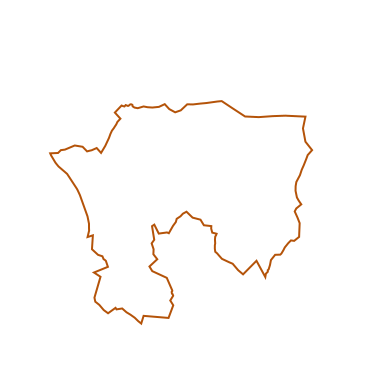 Ganye, Adamawa, Nigeria (Mercator projection), rotated 154°
{"feature_id": "59680162B41420170912929", "entity_name": "Ganye", "entity_type": "district", "adm_level": 2, "iso_a3": "NGA", "parent_name": "Nigeria", "parent_adm1": "Adamawa", "projection": "mercator", "projection_center": [12.041, 8.431], "detail": "fine", "context": "isolated", "style": "outline", "palette": "amber", "viewbox_px": 384, "rotation_deg": 154, "n_neighbors": 0, "source": "geoboundaries", "source_scale": "gbopen_adm2", "svg_char_len": 2382}
<svg xmlns="http://www.w3.org/2000/svg" viewBox="0 0 384 384"><g transform="rotate(154 192 192)"><path d="M99.2,133.0L99.5,134.9L99.9,137.7L100.1,141.1L98.4,147.7L96.3,151.8L93.8,155.3L87.6,159.8L83.6,163.9L80.0,166.9L76.8,169.8L75.6,170.9L74.4,172.0L71.8,174.5L69.3,175.5L65.7,177.0L68.0,187.5L64.4,200.5L57.0,210.0L74.7,219.7L86.2,224.8L99.1,230.0L111.2,236.6L119.0,249.7L125.4,260.6L125.5,260.7L129.5,262.2L134.1,263.7L140.2,265.7L145.7,267.8L152.8,270.3L153.9,270.9L157.9,272.9L166.3,270.3L172.2,271.0L176.1,276.5L178.0,282.9L184.4,283.0L190.6,285.3L194.8,287.7L198.0,290.1L204.0,291.1L206.7,293.1L207.8,295.0L207.4,296.4L207.9,297.2L208.7,297.7L209.3,297.8L210.7,297.4L211.8,297.4L213.5,299.2L215.2,298.5L216.2,299.3L217.4,300.6L226.5,297.2L224.2,289.3L228.3,287.7L230.4,286.0L233.1,284.4L234.2,283.7L237.1,282.2L239.8,280.0L242.9,277.0L249.7,271.5L256.6,267.0L258.4,273.3L263.9,273.5L266.0,274.0L268.5,274.5L270.5,280.6L277.0,285.2L287.6,285.8L291.5,287.1L295.3,285.8L302.5,288.9L302.6,286.7L301.9,278.4L301.6,276.9L300.8,273.5L296.3,263.0L294.1,245.7L294.0,244.4L294.1,238.4L294.2,237.5L296.6,215.9L298.5,208.6L300.4,204.7L301.4,202.4L305.6,197.3L300.1,196.5L307.0,184.4L304.0,176.7L300.7,173.5L300.9,170.3L300.3,169.5L299.6,167.9L300.4,161.6L315.4,162.6L311.4,155.9L326.0,139.8L327.0,135.8L324.8,131.2L323.1,124.6L320.6,119.8L311.5,121.4L311.3,119.6L305.8,117.9L303.6,112.6L301.1,108.7L298.6,104.1L296.9,99.4L295.3,96.0L294.3,97.1L292.5,99.0L289.8,101.9L268.3,89.1L258.5,98.4L259.1,104.0L254.4,107.0L254.2,108.7L254.6,109.4L254.1,111.1L253.2,111.6L252.9,112.1L252.3,125.9L262.4,138.3L262.9,143.7L252.7,146.8L254.0,153.0L251.6,157.4L250.8,163.5L246.9,165.6L242.9,178.8L240.2,179.2L240.1,169.2L232.2,166.6L230.9,165.1L223.9,169.9L219.7,172.1L217.5,174.6L213.0,175.2L209.7,176.5L205.6,176.7L202.7,168.7L196.5,163.4L195.9,156.9L189.6,152.9L190.8,150.7L191.6,146.6L188.2,143.7L189.2,142.7L190.7,141.7L192.2,139.2L193.7,135.6L194.8,134.1L196.3,131.1L197.3,128.1L196.3,125.8L195.6,123.1L194.4,118.8L189.5,112.7L186.9,109.7L184.8,101.5L182.2,95.6L164.2,101.9L163.4,83.4L161.4,86.2L158.8,87.1L158.2,88.5L157.1,88.8L153.9,92.2L150.9,96.2L144.8,99.1L140.1,97.0L138.6,97.5L135.4,99.6L132.9,101.5L128.0,103.8L124.3,105.1L121.6,103.3L115.4,104.7L113.6,108.1L111.1,112.7L108.9,116.8L108.4,122.8L108.2,129.5L105.5,131.5L99.2,133.0Z" fill="none" stroke="#b45309" stroke-width="2"/></g></svg>